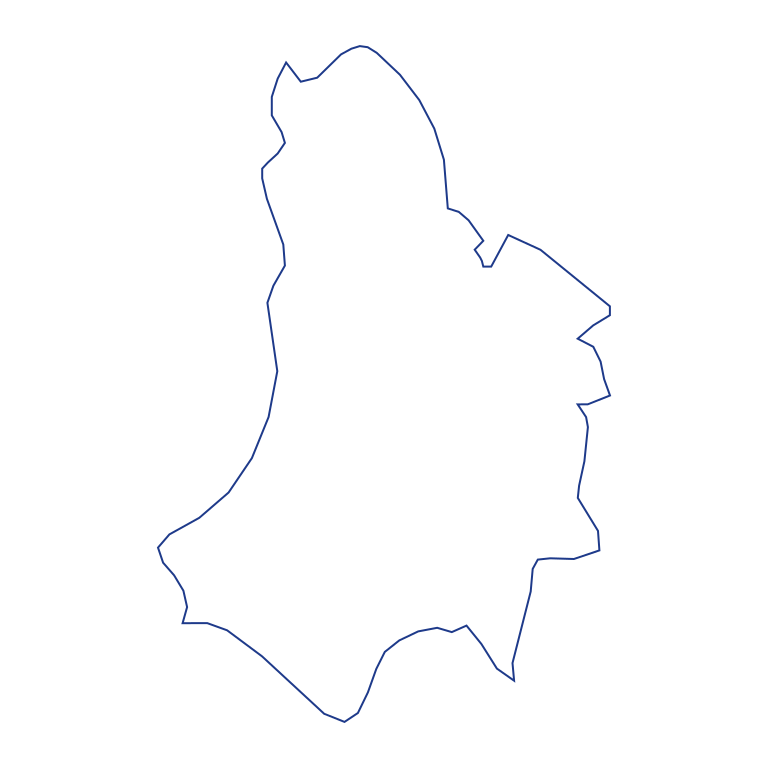 Catanduanes, Albers equal-area conic projection
{"feature_id": "PHL-2539", "entity_name": "Catanduanes", "entity_type": "Province", "adm_level": 1, "iso_a3": "PHL", "parent_name": "Philippines", "parent_adm1": "", "projection": "albers", "projection_center": [124.24, 13.808], "detail": "fine", "context": "isolated", "style": "outline", "palette": "blue", "viewbox_px": 768, "rotation_deg": 0, "n_neighbors": 0, "source": "natural_earth", "source_scale": "10m", "svg_char_len": 1196}
<svg xmlns="http://www.w3.org/2000/svg" viewBox="0 0 768 768"><path d="M609.9,306.3L609.9,315.2L593.2,325.4L577.7,338.7L593.3,346.8L600.6,361.6L604.1,379.1L610.0,395.5L587.8,404.3L577.7,404.4L586.1,417.1L587.9,427.1L584.4,461.3L579.1,485.7L577.8,497.9L598.0,530.9L599.4,550.4L573.9,559.0L550.2,558.3L537.8,559.6L532.7,568.9L530.7,591.5L512.5,663.1L514.1,680.7L496.9,668.6L481.4,644.0L466.5,625.6L451.8,632.1L437.2,627.8L418.2,631.4L399.3,640.4L384.8,651.9L376.3,668.9L367.9,692.4L357.9,713.0L344.5,721.9L324.2,713.8L262.0,656.3L227.1,630.3L207.2,623.1L182.6,623.2L187.1,607.1L183.4,590.7L174.1,575.3L163.1,562.7L158.0,547.6L169.4,534.4L199.3,517.8L228.6,492.5L251.9,458.1L268.6,417.0L277.3,371.2L267.4,302.8L273.4,285.7L284.9,265.6L283.3,244.5L266.9,198.8L262.2,178.4L262.2,168.6L267.9,162.5L277.7,153.5L284.9,142.9L281.6,132.1L271.8,115.4L271.8,96.9L277.7,78.6L286.1,62.5L300.8,81.7L317.2,77.7L341.0,54.4L351.4,48.7L359.8,46.1L367.7,47.2L376.8,52.9L400.0,74.8L419.3,100.1L434.3,128.6L443.9,159.7L447.8,208.4L458.8,211.9L468.6,220.3L483.3,240.8L474.7,249.7L480.2,257.6L481.9,261.0L483.3,266.6L491.2,266.6L508.2,235.0L540.5,249.8L609.9,306.3Z" fill="none" stroke="#1e3a8a" stroke-width="2"/></svg>